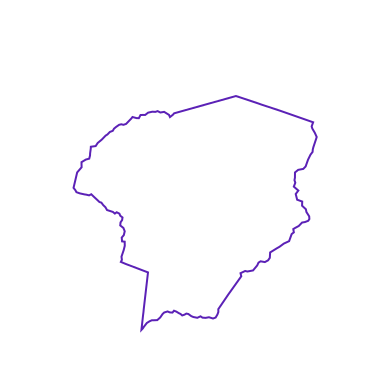 Flores, Pernambuco, Brazil, rotated 314°
{"feature_id": "56859067B79651247321593", "entity_name": "Flores", "entity_type": "district", "adm_level": 2, "iso_a3": "BRA", "parent_name": "Brazil", "parent_adm1": "Pernambuco", "projection": "albers", "projection_center": [-37.929, -7.925], "detail": "fine", "context": "isolated", "style": "outline", "palette": "violet", "viewbox_px": 384, "rotation_deg": 314, "n_neighbors": 0, "source": "geoboundaries", "source_scale": "gbopen_adm2", "svg_char_len": 2223}
<svg xmlns="http://www.w3.org/2000/svg" viewBox="0 0 384 384"><g transform="rotate(314 192 192)"><path d="M126.3,95.8L112.7,103.9L112.3,106.8L111.6,109.0L113.1,112.3L114.6,114.7L115.5,116.2L116.7,117.9L118.1,120.3L120.4,121.1L120.4,124.3L120.5,130.1L120.5,132.4L121.4,134.2L120.9,137.2L120.9,140.3L120.0,143.4L122.7,148.9L122.9,151.5L125.1,151.9L126.0,154.8L125.1,156.9L125.4,159.7L123.3,161.2L120.5,161.7L118.1,163.6L118.5,167.6L117.0,170.9L113.6,172.9L110.4,173.1L107.9,176.0L109.5,178.1L106.6,181.0L102.8,183.2L96.5,186.2L94.5,188.7L92.3,189.4L94.2,194.3L103.6,216.2L73.9,238.9L71.9,240.5L69.1,242.6L57.7,251.4L59.7,251.4L61.7,251.0L63.7,250.8L66.4,250.5L69.6,251.3L71.8,252.2L73.6,254.0L75.7,256.0L79.7,256.3L83.8,255.6L86.0,255.7L89.1,257.4L90.0,259.7L91.7,261.7L94.1,261.5L95.1,263.9L95.7,266.7L96.3,268.5L96.4,270.7L98.5,271.8L100.6,272.4L101.7,274.1L102.2,277.7L103.0,279.8L105.2,283.2L108.5,284.5L108.9,286.8L110.9,289.2L113.7,291.2L115.6,295.0L118.1,296.2L121.5,295.4L124.0,294.3L126.0,292.3L143.5,289.3L165.6,286.0L167.3,283.3L172.1,285.1L173.3,287.1L178.0,290.4L184.5,289.9L187.4,288.9L189.8,289.5L192.2,293.1L195.7,294.2L198.7,293.7L202.8,290.2L210.3,292.1L213.4,293.0L218.7,293.9L224.1,296.0L231.0,292.9L233.7,293.3L235.7,290.6L237.6,291.1L241.7,292.4L246.5,292.4L248.8,294.1L252.0,295.6L254.1,295.2L255.9,293.2L257.1,288.2L258.7,285.9L258.6,280.7L261.7,277.9L259.5,273.0L262.6,268.0L266.9,267.5L266.6,261.5L270.4,259.9L271.7,257.5L273.8,256.1L277.6,252.5L281.7,253.0L285.9,256.0L289.3,256.0L295.9,253.0L301.2,251.3L304.6,250.9L306.4,249.4L308.5,248.2L316.2,244.5L318.2,243.5L319.9,239.2L321.2,234.5L322.3,232.5L326.3,230.7L311.7,199.0L303.1,181.2L301.7,178.1L293.0,159.9L291.5,156.9L236.2,124.5L234.3,124.6L230.6,124.1L231.5,121.9L230.3,116.3L227.2,114.0L226.3,111.1L224.2,110.0L222.2,107.7L218.6,105.3L214.9,104.8L213.3,103.1L211.6,101.5L208.2,102.5L206.7,100.9L204.6,97.1L202.7,97.3L199.7,97.3L195.2,97.3L192.7,96.0L191.6,94.1L189.7,92.9L186.1,92.2L183.4,91.9L181.0,92.5L178.1,91.2L174.6,91.2L172.6,90.7L167.0,90.7L161.8,90.1L158.1,90.8L154.3,87.8L152.8,89.1L151.3,90.2L149.1,91.8L147.4,93.3L144.6,94.9L141.6,93.1L136.7,91.8L133.1,95.4L126.3,95.8Z" fill="none" stroke="#5b21b6" stroke-width="2"/></g></svg>